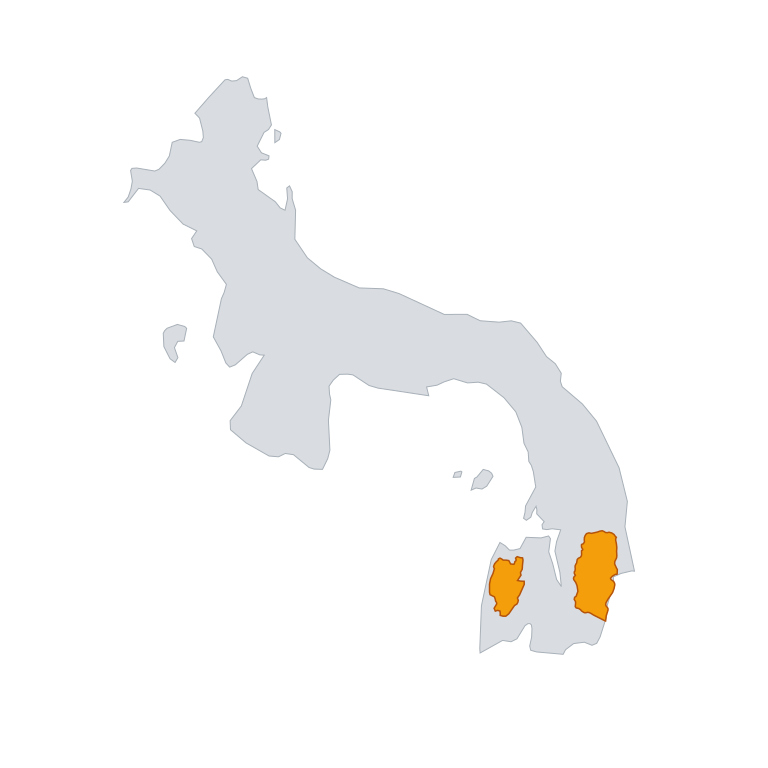 Emberá on a map of Panama (Mercator projection), rotated 42°
{"feature_id": "PAN-3455", "entity_name": "Emberá", "entity_type": "Indigenous Territory", "adm_level": 1, "iso_a3": "PAN", "parent_name": "Panama", "parent_adm1": "", "projection": "mercator", "projection_center": [-77.827, 8.183], "detail": "fine", "context": "in_parent", "style": "filled", "palette": "amber", "viewbox_px": 768, "rotation_deg": 42, "n_neighbors": 0, "source": "natural_earth", "source_scale": "10m", "svg_char_len": 5195}
<svg xmlns="http://www.w3.org/2000/svg" viewBox="0 0 768 768"><g transform="rotate(42 384 384)"><path d="M695.4,355.5L693.2,357.1L686.9,366.2L683.5,373.9L691.6,382.1L694.0,390.8L698.6,400.2L705.8,409.7L713.8,427.3L715.6,434.4L713.4,439.0L705.7,441.8L698.6,450.0L696.7,460.0L698.0,465.0L676.7,481.0L671.2,483.7L667.6,481.2L663.0,473.2L657.6,466.7L654.7,464.4L653.0,464.3L651.3,465.8L650.5,469.3L653.3,484.4L650.9,490.5L643.7,495.2L635.4,519.6L632.2,516.5L604.8,483.6L581.2,442.7L576.2,424.2L582.4,423.1L588.3,423.5L591.5,420.7L595.2,415.3L592.2,402.8L603.7,393.3L608.0,386.8L611.2,387.6L618.7,398.5L629.7,404.7L643.1,413.8L651.4,415.9L640.9,406.4L622.8,393.8L617.7,385.6L612.9,374.1L605.8,379.1L602.5,383.2L598.8,385.6L595.6,382.8L595.1,379.1L584.4,378.3L581.6,375.0L578.8,373.1L580.1,380.2L582.2,384.7L581.0,390.0L577.6,390.4L574.6,384.9L570.8,379.9L565.7,359.0L553.6,349.2L548.0,345.9L543.4,344.6L536.6,338.0L527.7,334.4L515.5,324.0L500.6,316.5L482.4,313.9L460.2,315.5L452.8,319.6L447.7,324.9L445.3,327.3L432.3,333.4L427.3,342.1L424.2,349.4L417.6,357.7L425.1,362.8L382.4,391.0L373.9,395.1L354.8,398.0L350.3,401.1L344.5,406.6L343.7,415.1L344.6,422.4L350.2,427.9L355.1,431.4L367.0,448.2L388.1,469.4L392.1,477.1L395.4,488.6L389.0,494.0L384.1,496.2L364.0,497.1L357.1,501.7L354.3,508.7L346.8,514.4L320.9,520.1L300.5,520.7L294.2,514.2L292.7,495.8L279.0,464.4L275.7,442.7L272.3,445.4L265.0,447.9L262.6,453.3L260.7,469.3L258.0,474.7L252.4,474.2L240.9,468.5L225.6,463.2L206.1,429.4L204.0,423.0L200.2,415.4L185.1,412.2L172.3,406.5L158.2,405.6L151.0,408.8L143.7,404.7L142.4,395.5L127.7,399.6L108.8,398.2L91.9,394.2L80.4,396.3L70.7,402.9L72.0,419.8L69.2,423.1L68.8,416.2L65.4,408.3L61.3,401.7L52.8,394.9L52.4,392.4L55.8,388.9L71.2,379.1L73.1,375.0L73.4,366.4L71.9,358.2L64.9,346.1L68.9,338.6L76.9,332.6L85.1,327.9L86.4,325.9L84.9,321.8L80.2,317.3L69.0,309.8L62.3,309.3L62.0,287.5L62.3,264.4L64.0,262.2L68.1,260.8L71.4,257.3L73.2,250.4L78.1,248.0L86.9,253.3L96.0,257.9L99.7,256.4L102.5,254.1L104.5,251.9L105.1,249.7L112.3,255.9L127.0,266.8L127.9,272.2L126.5,277.3L130.6,292.1L138.2,294.2L145.9,291.4L147.8,294.1L146.4,296.8L142.4,299.9L141.4,312.6L154.1,318.5L160.4,323.7L181.3,321.3L189.0,322.6L194.2,321.1L188.4,310.9L180.6,303.4L181.2,300.0L187.1,302.5L191.7,307.7L202.0,314.0L220.9,336.1L242.6,341.5L259.8,340.8L275.8,337.8L301.3,329.2L319.8,313.7L334.5,306.8L382.2,292.0L399.2,276.6L406.4,274.6L413.2,272.6L428.2,261.0L436.3,251.9L444.8,247.3L470.0,250.6L486.4,254.9L497.7,254.3L508.5,257.4L513.3,264.0L518.2,266.8L544.9,266.1L566.8,269.4L614.8,289.0L643.4,308.4L658.6,328.9L695.4,355.5ZM214.3,507.8L208.1,508.4L195.4,503.5L186.0,494.0L185.3,490.9L185.5,487.7L190.6,478.0L197.4,474.6L200.1,474.7L206.6,485.9L202.2,490.3L203.9,497.2L213.2,502.3L214.3,507.8ZM522.0,399.7L519.8,404.6L514.4,393.7L515.3,390.9L514.9,381.1L520.0,378.5L523.7,378.3L526.8,379.7L528.7,391.2L527.1,396.5L522.0,399.7ZM142.7,272.3L141.4,277.7L132.6,268.0L137.9,266.4L139.7,266.6L142.7,272.3ZM503.0,402.0L497.9,407.1L495.9,402.3L499.5,397.3L500.7,397.2L503.0,402.0Z" fill="#d9dde1" stroke="#a8b0b8" stroke-width="1"/><path d="M684.5,369.4L683.3,370.7L682.3,374.1L682.3,376.8L683.4,377.4L686.8,377.1L688.7,377.8L689.9,378.8L691.8,382.0L693.4,386.0L694.4,393.9L695.3,398.0L696.6,399.9L698.1,400.5L699.6,400.6L701.0,401.2L701.9,402.4L704.3,407.6L707.3,411.9L707.2,412.0L694.3,415.5L691.9,415.9L689.5,416.5L688.0,417.5L687.3,418.6L686.4,419.6L685.2,420.1L682.6,420.5L681.9,420.4L681.2,420.2L678.8,420.6L676.7,421.8L675.1,421.5L672.9,418.5L671.8,417.5L669.5,416.8L668.4,415.0L668.8,413.2L666.8,408.3L662.4,404.7L659.3,403.2L655.9,402.4L654.7,401.5L654.2,399.9L654.3,399.0L654.3,398.2L653.7,397.9L653.0,397.8L651.9,397.2L651.1,396.2L651.2,395.6L651.0,395.2L650.2,393.9L649.5,393.1L648.4,392.1L647.7,391.2L647.2,389.7L646.9,388.1L645.0,385.1L645.0,384.1L645.1,383.2L645.5,382.4L645.9,381.2L645.7,379.9L645.2,378.8L642.4,375.8L642.4,375.2L642.7,374.7L642.4,373.9L641.1,373.5L640.0,373.1L638.6,371.7L638.3,371.3L638.3,371.1L638.3,370.8L639.0,369.4L638.7,367.3L637.2,365.9L635.7,364.1L634.9,362.1L634.6,359.7L635.9,357.5L638.1,356.2L641.6,351.3L642.9,348.9L644.4,347.0L646.2,346.4L648.1,346.1L649.4,345.1L650.4,343.6L652.9,342.3L655.7,341.9L658.1,342.5L659.2,342.4L659.3,343.0L659.9,344.1L660.7,345.1L663.6,347.2L666.7,350.0L668.6,352.5L672.0,355.9L673.2,357.6L674.3,361.5L675.8,363.4L680.1,365.3L681.5,365.7L684.5,369.3L684.5,369.4ZM603.3,420.5L605.1,421.8L608.6,426.6L609.7,427.9L610.7,429.3L611.5,432.7L612.6,433.7L613.7,434.3L614.7,440.7L617.4,439.1L620.2,436.8L622.3,439.1L625.9,450.1L626.3,453.7L627.5,454.4L628.5,454.8L629.5,456.6L630.0,458.5L629.6,460.1L629.2,461.2L630.5,471.2L629.9,475.0L627.8,476.9L625.2,478.2L623.7,476.5L622.0,475.1L619.8,476.3L618.7,478.3L615.9,477.0L614.9,472.0L613.9,471.1L612.1,470.6L610.4,469.3L608.4,468.3L603.8,469.6L601.8,468.2L596.3,462.1L593.5,457.4L591.8,451.9L589.6,447.3L588.8,447.1L587.6,446.4L587.0,445.0L586.5,443.5L586.4,440.9L586.7,438.5L586.1,437.5L586.7,435.8L588.5,435.3L590.5,435.1L592.6,433.2L594.9,431.7L598.5,433.0L601.2,431.1L600.8,429.7L600.1,428.4L600.3,427.3L600.0,426.3L598.3,425.4L598.5,423.2L601.4,421.9L603.3,420.5Z" fill="#f59e0b" stroke="#b45309" stroke-width="1.5"/></g></svg>